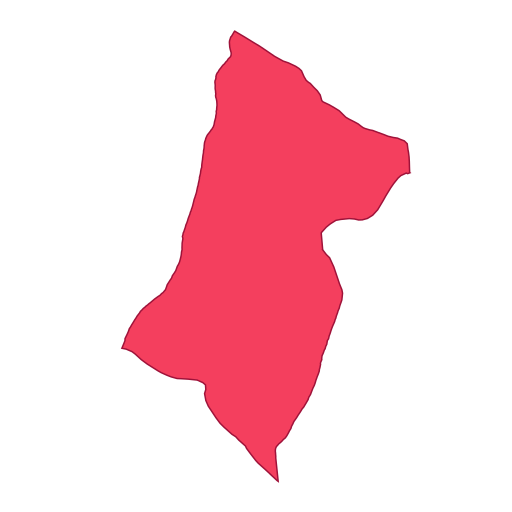 outline of Diourbel, Diourbel, Senegal, rotated 206°
{"feature_id": "50182788B22549322426328", "entity_name": "Diourbel", "entity_type": "district", "adm_level": 2, "iso_a3": "SEN", "parent_name": "Senegal", "parent_adm1": "Diourbel", "projection": "natural_earth1", "projection_center": [-16.194, 14.782], "detail": "fine", "context": "isolated", "style": "filled", "palette": "rose", "viewbox_px": 512, "rotation_deg": 206, "n_neighbors": 0, "source": "geoboundaries", "source_scale": "gbopen_adm2", "svg_char_len": 4895}
<svg xmlns="http://www.w3.org/2000/svg" viewBox="0 0 512 512"><g transform="rotate(206 256 256)"><path d="M154.1,398.3L154.5,398.4L157.1,403.3L159.6,408.1L161.9,412.2L164.5,416.2L166.1,418.3L169.3,423.2L173.2,424.5L177.4,424.1L180.4,424.0L184.6,422.7L189.9,421.5L194.2,421.2L199.1,420.7L199.4,420.7L199.6,420.6L206.1,420.0L209.0,419.2L213.8,418.4L216.0,418.3L218.9,418.8L222.0,419.5L226.4,419.7L232.6,419.8L236.2,420.1L244.8,423.0L245.5,423.1L250.8,423.6L256.4,424.0L263.2,423.9L265.0,424.5L268.9,428.9L273.2,431.3L278.1,433.0L282.9,434.9L284.9,435.1L287.9,435.9L291.4,438.2L296.3,442.4L299.2,443.3L299.4,443.4L303.6,443.9L311.5,443.8L317.0,443.1L326.7,443.6L334.9,444.8L336.2,445.0L344.8,446.2L351.7,446.8L358.8,447.5L361.9,447.8L364.2,448.0L370.8,448.5L373.7,448.8L373.9,448.1L374.0,446.7L374.1,445.3L374.2,444.2L374.3,442.8L374.7,441.7L374.4,439.9L374.2,438.2L373.7,436.6L372.8,435.0L371.8,433.3L371.3,432.4L369.9,430.6L368.6,429.1L367.5,427.9L366.9,426.8L366.4,425.4L366.3,423.8L366.9,422.2L367.4,420.8L367.5,419.0L368.2,417.1L368.6,414.8L369.3,413.3L369.7,411.7L370.0,410.0L370.4,408.3L370.7,406.7L370.7,405.1L371.1,403.6L371.1,402.3L371.1,401.7L370.7,399.7L370.1,398.6L369.7,396.9L369.6,395.4L368.9,393.8L368.1,392.6L367.3,391.2L366.7,389.8L366.0,388.4L364.6,386.4L364.1,385.4L363.3,384.3L362.6,382.3L361.8,381.1L360.6,379.9L359.1,377.9L358.0,376.0L357.1,374.3L356.2,371.8L355.5,370.2L355.2,368.6L354.2,366.9L353.5,364.2L352.9,362.6L352.4,360.0L352.1,358.4L351.3,355.8L351.0,353.2L351.2,351.7L351.2,350.9L351.6,349.5L351.7,348.3L352.2,345.9L352.7,343.8L352.8,342.1L352.7,340.7L352.7,339.7L352.3,338.0L352.2,336.6L351.9,335.1L351.2,333.2L350.9,332.3L350.5,331.5L350.0,330.2L349.6,328.9L349.4,327.9L348.4,325.5L348.0,323.9L347.5,322.4L346.8,320.4L346.3,319.1L345.8,317.5L345.2,315.7L344.6,314.0L344.5,313.7L343.7,312.0L343.4,309.9L342.7,307.4L342.2,306.1L341.8,304.4L341.3,301.9L340.7,300.6L340.1,298.2L339.6,296.0L339.0,294.1L338.8,292.5L338.3,290.6L338.0,289.4L337.9,288.9L337.7,288.3L337.4,287.1L337.1,285.3L336.9,283.7L336.6,282.0L336.4,279.8L336.0,278.1L335.3,274.8L335.0,273.5L334.7,271.7L334.5,269.7L334.2,268.3L334.2,266.8L333.8,264.7L333.6,262.3L333.4,260.1L333.0,257.8L332.7,255.5L332.6,253.1L332.1,250.8L331.8,248.3L331.5,246.2L331.5,244.7L331.0,243.1L330.7,241.2L329.6,240.0L329.4,239.6L329.0,238.5L328.6,237.1L328.0,235.1L327.3,233.6L326.2,231.1L325.2,229.2L324.7,226.9L323.9,224.9L323.3,222.9L322.9,221.1L322.4,218.8L322.1,217.0L322.0,214.6L322.2,212.2L322.0,210.5L321.7,207.7L322.0,204.7L322.5,201.7L322.2,199.1L322.6,196.7L322.9,193.9L323.2,191.3L322.8,188.2L322.6,186.0L323.1,184.1L323.5,182.4L324.4,180.8L325.0,178.7L326.1,176.9L327.3,174.7L328.3,172.8L329.1,170.9L330.0,168.9L330.5,167.7L331.3,166.2L332.0,164.4L333.0,162.6L333.4,161.3L333.8,160.5L334.3,159.5L334.9,157.4L335.6,155.6L335.7,153.7L336.1,151.9L336.5,150.0L336.7,147.5L337.0,145.5L337.2,143.0L337.4,140.9L337.5,140.2L337.6,139.0L337.7,136.9L338.0,135.3L337.6,132.1L337.5,129.2L337.5,126.4L337.5,124.3L336.7,122.6L336.5,120.7L336.4,119.2L336.1,114.3L331.8,115.4L325.5,115.7L321.5,114.9L315.1,113.0L313.8,112.6L306.4,111.2L293.5,109.8L290.1,109.6L283.8,109.8L280.0,110.1L279.1,110.2L273.2,111.3L269.5,112.9L263.0,115.6L254.5,118.7L248.2,118.9L244.9,118.0L242.6,114.0L241.9,109.8L237.7,104.1L233.0,100.1L228.9,97.7L221.1,93.1L214.9,89.9L209.3,88.0L207.4,87.5L199.4,85.2L195.0,84.7L190.8,83.0L182.2,80.6L180.1,78.9L174.3,75.9L166.6,72.1L163.3,70.8L152.1,67.6L145.1,65.4L138.6,63.4L137.3,63.2L149.7,83.1L150.4,84.6L151.3,86.1L152.2,87.7L153.0,88.9L153.7,90.5L154.1,92.1L154.1,93.7L153.6,95.4L153.2,97.1L152.2,99.2L151.5,101.1L151.0,103.0L149.9,105.4L149.5,107.9L149.3,111.3L149.3,113.5L149.0,116.2L149.4,118.6L149.3,121.2L149.4,123.8L149.0,126.2L148.6,128.7L148.4,131.2L148.1,133.3L147.9,134.7L147.7,136.5L147.5,138.8L146.9,141.1L146.7,143.7L146.5,145.8L146.3,149.1L146.2,149.7L146.3,149.8L146.6,152.3L146.3,155.4L146.6,158.5L146.9,161.9L146.9,162.8L146.9,165.3L147.2,168.0L147.7,170.7L147.9,172.7L148.1,174.3L148.3,177.2L148.7,180.3L149.3,181.8L149.6,183.6L150.5,187.0L151.0,187.6L151.3,189.0L151.4,191.6L152.1,192.9L152.9,195.2L153.0,198.4L153.4,201.5L153.2,202.9L153.7,205.2L153.7,207.7L154.8,211.3L154.5,213.4L155.2,216.2L155.4,218.4L155.6,220.0L155.7,220.5L155.9,221.8L156.2,224.3L156.4,226.9L156.5,229.6L156.6,231.6L157.0,233.6L157.0,235.0L157.5,237.4L157.8,240.5L158.2,242.7L158.3,245.5L158.8,247.7L159.0,249.2L159.3,252.1L159.6,254.2L161.9,260.5L164.0,263.3L168.7,267.5L174.2,273.1L181.2,280.2L189.1,286.7L193.4,288.1L198.8,290.8L198.7,290.9L198.9,291.1L199.2,291.5L207.3,305.0L207.5,305.7L205.5,312.7L203.9,316.2L203.2,317.6L199.8,323.1L195.9,326.0L188.6,330.5L183.8,332.4L179.5,333.4L176.3,335.1L172.3,338.6L169.0,343.8L166.9,350.9L166.0,361.5L165.7,366.9L164.8,376.3L164.0,381.4L162.5,388.2L161.1,391.7L157.3,396.4L155.8,396.5L154.1,398.3Z" fill="#f43f5e" stroke="#9f1239" stroke-width="1.5"/></g></svg>